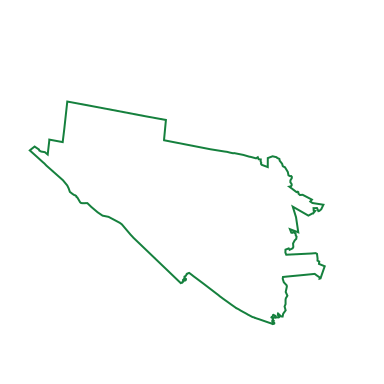 Magura, Teleorman, Romania (Equal Earth projection), rotated 223°
{"feature_id": "2599482B1622448766062", "entity_name": "Magura", "entity_type": "district", "adm_level": 2, "iso_a3": "ROU", "parent_name": "Romania", "parent_adm1": "Teleorman", "projection": "equal_earth", "projection_center": [25.384, 44.049], "detail": "fine", "context": "isolated", "style": "outline", "palette": "green", "viewbox_px": 384, "rotation_deg": 223, "n_neighbors": 0, "source": "geoboundaries", "source_scale": "gbopen_adm2", "svg_char_len": 4842}
<svg xmlns="http://www.w3.org/2000/svg" viewBox="0 0 384 384"><g transform="rotate(223 192 192)"><path d="M150.7,275.8L152.9,275.0L153.9,275.1L157.4,273.1L159.7,268.5L153.6,261.9L159.6,259.4L160.8,259.7L161.2,260.5L162.1,261.0L162.6,261.1L163.9,262.7L165.6,261.4L167.6,262.3L168.1,260.3L171.9,258.3L173.7,257.3L174.0,257.0L179.8,254.1L187.7,249.2L188.3,248.4L191.1,246.7L193.7,245.3L195.8,243.8L207.7,235.8L247.7,210.8L248.2,211.3L260.2,226.9L277.3,215.9L322.6,187.3L344.9,173.1L328.1,150.6L320.6,140.3L332.1,133.0L331.3,132.1L323.1,121.0L326.8,120.8L329.9,118.7L332.0,118.2L332.9,118.7L338.1,117.9L338.8,113.4L338.9,112.6L339.0,111.8L334.4,111.9L329.1,112.0L321.2,112.1L319.6,112.2L316.5,112.0L294.4,112.6L287.7,111.7L284.6,110.5L281.4,108.8L278.1,109.1L276.2,109.4L275.9,109.5L275.6,109.7L275.5,109.8L275.4,109.8L275.0,109.9L274.4,110.0L274.2,110.1L273.7,110.0L273.3,109.7L273.2,109.6L272.8,109.6L272.4,109.7L272.2,109.7L272.1,109.8L266.8,108.2L265.6,108.3L264.5,109.1L260.9,112.5L255.5,112.4L247.2,112.8L241.3,113.7L236.1,116.9L223.8,120.2L221.3,120.5L207.8,118.9L204.6,118.7L203.9,118.6L138.3,117.7L138.3,117.8L138.1,117.9L138.0,118.0L138.1,118.3L138.0,118.5L137.5,118.7L137.4,118.8L137.3,119.0L137.3,119.4L137.5,119.9L137.5,120.1L137.5,120.4L137.3,120.6L137.3,120.9L137.3,121.0L137.5,121.2L138.2,121.3L138.4,121.3L138.5,121.4L138.6,121.5L138.6,121.8L138.2,122.2L137.9,122.3L137.7,122.2L137.3,122.3L137.0,122.4L136.8,122.6L136.6,122.7L136.5,122.9L136.5,123.1L136.6,123.6L136.9,124.1L137.0,124.2L137.1,124.3L137.3,124.3L137.5,124.3L137.7,124.2L137.8,124.1L137.9,123.7L138.0,123.5L138.2,123.2L138.3,123.1L138.5,123.1L138.8,123.4L138.9,123.6L138.9,124.0L138.9,124.4L139.0,124.5L139.6,124.8L139.8,125.0L139.7,125.3L139.6,125.6L139.4,126.2L139.4,126.4L139.4,126.7L139.5,127.2L139.6,127.5L139.7,127.8L139.9,128.1L139.9,128.4L139.9,128.6L139.9,128.8L139.6,129.0L139.5,129.6L139.5,129.8L139.3,130.1L139.1,130.6L138.9,130.9L135.2,131.3L133.6,131.4L129.3,131.9L120.9,132.8L112.7,133.6L110.8,133.8L108.6,134.0L101.4,134.7L101.1,134.7L100.8,134.6L100.4,134.7L98.9,134.9L96.0,135.2L95.6,135.3L94.4,135.4L93.9,135.5L90.9,135.9L86.8,136.4L84.7,136.7L81.8,137.1L80.6,137.2L80.6,137.3L80.4,137.4L79.7,137.5L79.1,137.7L77.9,138.0L77.5,138.1L76.4,138.3L75.8,138.4L73.5,139.0L72.6,139.2L71.2,139.6L70.8,139.7L69.2,140.1L68.3,140.3L67.8,140.4L67.6,140.4L66.7,140.7L64.4,141.3L62.9,141.7L62.5,141.8L61.3,142.5L61.0,142.6L60.5,142.7L60.5,142.8L59.7,143.1L58.7,143.5L56.4,144.6L52.3,146.4L46.0,149.2L45.4,149.5L44.2,150.0L44.1,150.3L43.9,150.3L43.4,150.3L43.2,150.3L43.1,150.7L43.1,150.8L42.9,150.9L42.6,150.9L42.5,151.0L42.4,151.1L42.6,151.5L42.4,151.8L42.2,152.0L42.3,152.2L42.4,152.3L42.8,152.4L43.0,152.4L43.1,152.1L43.3,152.0L43.5,152.1L43.7,152.4L43.8,152.5L44.0,152.5L44.1,152.4L44.3,152.2L44.6,152.0L44.9,152.1L45.0,152.2L45.3,152.3L45.4,152.5L44.7,153.0L44.4,153.2L44.4,153.3L44.4,153.5L44.5,153.5L45.1,153.6L45.6,153.5L45.9,153.8L46.1,154.0L46.3,154.1L46.5,154.2L46.6,154.3L46.7,154.5L46.3,154.7L46.3,154.8L46.4,155.1L46.6,155.2L46.9,155.2L47.1,155.1L47.3,155.0L47.5,154.9L47.8,154.8L48.0,154.6L48.3,154.5L48.4,154.8L48.5,154.9L48.5,155.0L48.4,155.2L48.1,155.2L48.0,155.3L47.9,155.4L48.0,155.5L48.3,155.9L48.3,156.0L48.3,156.4L48.3,156.5L48.5,156.8L48.8,157.2L48.8,157.4L48.8,157.5L48.7,157.7L48.1,157.8L47.6,158.0L47.4,158.1L46.9,158.1L46.5,158.3L46.3,158.3L46.2,158.3L46.0,158.2L45.9,158.0L45.9,157.7L45.9,157.4L46.2,157.0L46.2,156.9L46.1,156.7L45.9,156.7L45.2,157.0L45.0,157.5L44.9,157.6L44.7,157.8L44.3,158.2L44.1,158.5L43.9,158.7L43.5,159.0L43.3,159.1L43.1,159.5L42.9,159.8L42.9,160.0L43.1,160.2L43.3,160.3L43.5,160.4L43.8,160.4L44.1,160.5L44.2,160.8L44.3,160.8L44.6,160.9L44.8,161.0L44.8,160.9L44.9,160.7L45.0,160.6L45.3,160.6L46.1,161.5L46.2,161.8L41.9,161.8L40.8,162.7L42.3,165.2L42.8,169.3L46.2,171.4L47.1,173.8L50.1,177.0L50.9,178.3L51.5,181.2L55.3,182.8L58.1,187.5L59.1,188.3L63.3,188.6L66.5,190.4L67.5,191.9L64.9,194.9L53.8,207.4L46.4,215.8L43.6,216.1L40.3,216.6L39.6,215.6L39.1,216.5L40.9,220.5L44.3,228.2L50.1,226.0L51.5,227.9L53.4,227.4L54.8,229.0L58.4,232.0L59.9,231.6L62.7,228.5L72.3,218.6L80.3,210.4L82.4,211.4L84.3,213.6L82.8,216.7L81.2,216.3L80.0,219.4L80.4,220.9L83.0,223.3L83.9,226.7L83.8,228.8L85.1,230.7L86.5,231.0L87.7,232.1L89.4,232.0L90.7,231.4L90.9,230.4L91.7,230.0L95.0,231.6L86.8,235.0L98.7,244.5L108.3,250.0L90.8,254.1L89.2,258.7L88.8,258.9L89.0,262.1L90.2,261.3L92.1,263.1L89.6,265.5L86.5,264.2L86.0,265.0L85.7,267.5L87.2,272.3L96.4,266.1L99.0,265.7L99.1,268.2L109.2,265.4L111.0,263.4L113.0,263.4L114.2,264.4L114.9,264.3L115.5,263.2L124.4,262.3L124.1,262.7L123.5,264.0L123.8,265.1L124.7,265.8L126.7,266.2L128.0,267.7L128.4,270.0L129.2,271.1L130.3,271.3L131.2,270.4L132.8,270.0L135.6,272.0L140.9,273.5L142.6,272.9L143.4,272.9L145.3,274.1L149.2,274.7L150.7,275.8Z" fill="none" stroke="#15803d" stroke-width="2"/></g></svg>